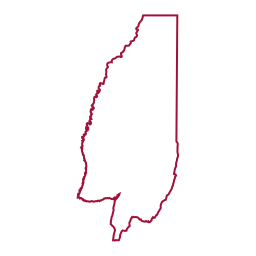 Santa Bárbara, Jujuy, Argentina
{"feature_id": "61730980B61196907081286", "entity_name": "Santa Bárbara", "entity_type": "district", "adm_level": 2, "iso_a3": "ARG", "parent_name": "Argentina", "parent_adm1": "Jujuy", "projection": "equal_earth", "projection_center": [-64.663, -24.013], "detail": "fine", "context": "isolated", "style": "outline", "palette": "rose", "viewbox_px": 256, "rotation_deg": 0, "n_neighbors": 0, "source": "geoboundaries", "source_scale": "gbopen_adm2", "svg_char_len": 5735}
<svg xmlns="http://www.w3.org/2000/svg" viewBox="0 0 256 256"><path d="M113.1,240.1L113.6,239.9L114.6,240.6L115.6,240.1L118.8,240.3L119.9,237.5L120.2,234.7L121.8,231.2L122.8,230.4L124.8,230.9L126.5,230.7L126.9,229.0L128.9,226.5L129.6,226.2L129.7,225.5L129.4,223.7L129.5,222.3L130.5,220.6L130.7,219.4L131.1,218.7L131.5,218.4L131.7,217.5L132.3,216.8L133.2,216.8L133.9,217.3L135.1,217.0L137.5,217.3L138.5,218.0L139.1,219.0L139.8,219.6L140.8,219.3L141.6,220.8L144.1,221.6L144.9,221.7L145.6,221.1L146.0,221.0L147.2,221.8L148.3,221.3L148.7,222.1L149.5,222.2L150.3,221.8L150.8,220.8L151.3,220.7L151.5,220.4L151.9,218.7L153.0,217.2L153.6,217.8L154.0,217.5L154.7,217.7L156.3,215.1L157.2,214.7L157.8,213.0L160.6,208.3L160.8,207.8L160.6,206.5L160.9,204.4L161.9,202.1L162.7,201.3L164.1,200.6L164.4,200.2L165.8,199.8L166.9,195.4L168.4,194.6L170.5,190.8L171.0,190.2L171.8,188.4L172.2,186.7L173.1,185.2L173.1,184.2L174.0,181.3L174.0,180.3L174.8,178.7L174.9,177.1L175.5,176.0L176.1,175.7L175.9,175.0L175.3,174.4L174.8,174.1L174.0,174.1L173.9,173.5L174.2,173.1L174.8,169.4L175.2,168.1L176.2,166.2L176.0,165.2L176.2,162.6L176.9,160.7L177.1,158.6L178.1,156.2L178.1,154.9L177.5,152.5L177.4,150.5L177.6,149.4L177.5,148.6L177.5,146.8L177.7,145.9L177.7,143.4L176.4,141.3L177.3,15.4L143.2,15.4L142.8,16.1L142.8,16.9L142.0,19.6L139.4,22.9L138.6,24.8L138.5,25.9L138.3,26.3L136.4,28.0L136.2,28.7L136.3,29.2L136.8,29.5L137.9,29.6L137.9,30.3L136.3,32.9L136.3,33.6L137.0,34.8L137.1,35.4L136.5,36.8L135.1,37.4L134.7,38.0L134.0,40.3L133.4,40.7L130.6,41.6L130.8,43.1L128.9,45.6L127.5,45.8L125.8,45.7L125.3,46.2L124.9,47.2L124.2,50.2L123.8,50.9L123.1,51.4L123.0,52.0L122.6,52.3L121.4,52.7L121.0,53.3L121.0,54.6L121.5,55.3L121.8,56.3L121.5,57.0L121.0,57.1L119.4,56.5L117.1,56.8L115.0,58.4L113.1,59.0L112.2,59.8L111.7,60.7L111.8,62.3L111.1,62.2L108.8,62.6L107.6,63.2L107.3,63.8L107.2,65.7L108.0,66.9L107.7,67.5L106.8,68.3L106.2,69.6L106.2,70.7L106.4,71.9L106.0,74.3L106.6,77.0L106.2,77.5L105.1,77.6L104.7,78.2L104.1,81.1L103.7,82.1L103.8,83.1L103.5,83.9L102.5,83.8L102.1,83.5L100.4,83.1L99.9,83.4L99.7,84.0L100.2,84.5L100.2,85.4L99.9,85.9L98.8,86.4L98.6,87.3L98.8,88.5L99.9,89.8L99.9,90.5L99.0,92.1L98.7,92.0L98.4,91.3L97.9,90.7L97.6,90.6L97.2,90.8L97.2,91.4L98.3,92.9L98.2,93.1L97.9,93.1L97.7,92.3L97.3,92.2L97.2,93.4L96.1,94.5L96.2,95.3L96.9,95.6L97.1,96.5L96.2,97.2L94.7,96.8L94.3,97.3L94.0,98.7L94.3,100.0L93.9,101.6L93.9,102.5L93.5,103.5L91.7,105.5L91.8,105.7L92.4,105.7L92.7,106.0L92.8,106.4L92.5,106.8L92.5,107.3L92.9,107.7L93.5,107.6L93.7,107.8L93.8,108.3L93.6,108.7L93.3,108.9L92.8,108.4L92.6,108.5L92.5,109.8L92.3,109.8L91.8,109.2L91.3,109.1L90.8,109.6L90.9,110.7L90.5,111.8L91.2,112.4L91.3,113.6L91.9,114.1L91.6,114.5L91.4,114.4L91.3,114.0L91.1,114.0L91.0,114.5L91.2,116.0L90.7,116.7L90.1,116.7L90.0,117.3L90.2,118.2L90.6,118.6L91.2,118.5L91.4,119.1L90.2,119.3L89.3,121.3L89.4,121.6L90.3,121.6L90.9,122.1L91.0,123.5L90.7,123.6L90.3,124.3L89.9,124.5L89.5,124.4L88.9,123.4L88.4,123.1L87.4,123.1L86.8,123.7L86.7,123.9L87.0,124.6L87.1,125.6L86.6,126.1L86.0,128.0L86.0,128.4L86.6,128.6L87.6,127.6L88.2,127.5L88.3,128.9L87.1,128.9L86.3,129.7L86.3,130.6L87.0,130.8L85.6,131.7L85.7,132.2L85.5,132.8L85.9,133.4L85.5,134.7L85.3,134.7L84.9,134.2L84.5,134.2L84.4,134.4L83.8,134.7L84.1,135.8L83.7,136.9L83.3,137.3L83.0,137.3L82.7,136.7L82.2,136.8L82.2,137.9L82.7,138.4L83.0,138.9L83.3,138.8L83.4,139.4L83.9,139.5L83.9,139.8L83.3,140.8L83.0,140.6L82.2,140.8L82.7,142.3L82.2,143.1L82.1,144.2L82.3,145.2L82.2,145.7L82.5,145.9L82.5,146.6L81.2,147.3L81.5,147.6L81.5,148.2L82.1,148.3L82.3,148.6L82.3,149.1L81.9,149.5L81.9,150.4L82.2,152.1L82.9,153.3L82.7,154.0L82.9,154.7L83.1,155.0L83.6,155.1L83.7,155.8L84.0,156.1L84.0,158.3L84.7,159.2L84.2,160.3L85.0,160.7L85.1,161.6L85.5,161.9L86.1,162.9L85.9,164.0L86.4,165.2L86.4,166.6L86.3,167.1L85.9,167.2L85.6,168.4L86.1,168.6L86.2,169.2L85.9,170.2L86.1,172.8L85.1,172.8L85.0,173.3L85.5,173.4L85.6,173.9L85.5,174.5L85.1,174.7L85.2,175.5L84.6,176.8L84.3,176.7L83.9,177.1L83.8,177.7L84.0,178.5L84.0,179.3L83.7,178.7L83.3,178.8L83.3,179.3L83.7,179.5L83.4,180.1L83.1,180.2L83.4,180.9L83.4,182.0L82.9,182.0L82.8,182.3L83.0,182.6L83.3,182.4L83.4,182.9L83.1,183.4L82.5,183.8L82.9,184.9L82.2,186.2L81.8,188.2L81.3,188.8L80.7,188.3L80.5,188.5L80.5,189.0L80.8,189.9L80.2,191.3L79.9,191.1L79.9,190.5L79.8,190.1L79.4,190.2L79.3,190.9L79.7,191.4L79.7,192.8L79.0,194.1L78.6,194.1L78.6,193.7L78.3,193.6L78.1,193.9L78.0,194.4L78.2,194.7L78.3,195.1L78.0,195.2L77.9,195.6L78.0,196.4L77.9,196.9L78.5,196.6L78.4,197.4L78.9,197.2L79.1,197.5L78.8,197.6L79.2,197.8L79.3,197.5L79.7,197.7L80.0,198.5L80.2,198.4L80.3,198.1L80.0,198.0L80.1,197.8L81.1,198.0L81.3,198.4L82.3,198.8L82.4,199.2L82.7,199.1L83.1,199.3L83.1,199.9L83.5,199.8L83.9,200.4L84.0,200.2L85.2,200.5L85.4,201.0L86.3,201.4L86.7,201.1L86.9,201.3L88.2,201.3L89.2,201.7L89.7,201.5L90.2,201.7L91.8,201.0L93.2,201.7L93.9,201.5L94.3,201.6L95.0,201.2L95.5,201.3L96.5,201.1L97.1,201.3L98.0,200.6L99.0,200.9L99.5,201.2L100.2,200.4L100.9,200.5L101.4,200.3L102.2,199.7L103.0,199.6L103.8,199.1L104.0,198.6L104.7,198.5L105.4,198.1L106.1,198.4L107.2,198.0L108.4,198.3L109.1,197.9L111.6,199.0L112.5,198.9L113.2,199.3L113.6,199.2L113.8,198.4L114.1,197.8L114.4,197.6L114.9,197.7L115.0,197.4L115.6,197.5L117.0,196.9L117.2,196.2L117.4,196.1L117.4,195.2L118.0,195.1L118.9,194.1L119.5,193.8L119.2,194.9L118.3,196.4L116.3,198.8L115.3,199.6L115.1,200.6L114.7,201.2L114.4,204.1L114.2,204.6L113.4,207.7L113.3,208.4L113.6,209.4L113.6,210.1L112.9,213.3L112.6,213.9L112.5,215.2L111.5,217.4L111.4,219.0L110.8,221.1L110.8,221.7L111.0,222.2L110.8,222.9L110.7,224.1L113.9,227.3L114.6,228.6L114.6,229.2L115.0,229.9L115.0,230.3L113.6,235.5L113.6,236.7L113.2,238.7L113.1,240.1Z" fill="none" stroke="#9f1239" stroke-width="2"/></svg>